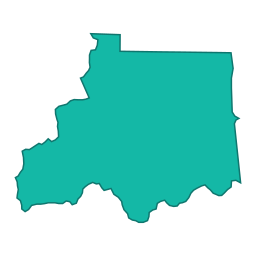 Sertão Santana, Rio Grande do Sul, Brazil (Natural Earth projection)
{"feature_id": "56859067B44643679960185", "entity_name": "Sertão Santana", "entity_type": "district", "adm_level": 2, "iso_a3": "BRA", "parent_name": "Brazil", "parent_adm1": "Rio Grande do Sul", "projection": "natural_earth1", "projection_center": [-51.66, -30.464], "detail": "fine", "context": "isolated", "style": "filled", "palette": "teal", "viewbox_px": 256, "rotation_deg": 0, "n_neighbors": 0, "source": "geoboundaries", "source_scale": "gbopen_adm2", "svg_char_len": 1728}
<svg xmlns="http://www.w3.org/2000/svg" viewBox="0 0 256 256"><path d="M15.4,177.6L17.2,181.8L17.5,185.9L18.3,189.5L17.4,194.6L17.0,198.0L20.4,200.6L21.7,205.1L21.8,209.0L25.1,211.6L28.6,209.5L31.6,205.4L36.8,204.1L40.9,204.1L44.6,203.6L48.2,202.8L51.4,202.8L55.1,202.8L58.7,203.5L62.7,203.5L66.2,201.0L69.8,201.7L72.2,204.7L76.3,203.2L78.0,199.0L80.6,196.4L82.4,192.8L82.8,189.1L85.1,186.8L88.4,184.3L92.7,182.4L96.3,183.9L99.3,183.5L101.8,187.8L104.1,190.4L107.0,189.6L111.0,188.5L113.9,194.3L118.3,197.2L121.7,201.5L122.2,204.8L124.0,209.7L127.6,213.7L128.7,217.9L132.3,220.0L135.8,220.7L138.7,222.3L143.3,222.3L147.5,220.6L148.9,216.6L149.2,212.5L152.7,210.0L156.1,209.0L157.3,203.4L160.5,201.4L164.7,200.2L166.7,202.8L169.5,205.4L173.7,206.4L177.2,206.0L179.5,203.2L182.5,202.7L185.8,201.4L188.8,197.6L190.9,193.2L193.6,190.2L197.0,188.2L201.6,185.9L205.0,184.9L207.8,187.8L210.4,189.9L213.2,193.2L215.9,194.3L218.8,195.6L221.7,195.4L224.3,193.0L227.6,189.5L231.1,187.0L231.5,180.9L235.9,180.3L240.6,182.8L234.4,123.7L236.0,120.0L238.9,118.4L234.8,116.1L232.2,112.0L231.4,87.9L231.4,78.1L233.1,68.4L231.0,52.8L218.9,52.6L179.7,52.1L160.5,51.9L120.0,51.3L120.1,34.7L90.8,33.7L93.3,37.9L97.9,39.7L97.3,45.2L95.5,49.8L91.1,50.4L89.5,55.0L89.5,58.9L89.4,62.6L90.1,67.3L88.6,70.5L86.3,73.1L83.5,76.9L80.5,78.1L89.2,97.9L85.9,99.2L82.4,99.8L78.1,99.8L74.1,99.6L70.4,100.9L66.8,104.2L63.9,105.0L58.9,106.3L55.4,109.4L55.6,114.0L56.9,119.2L58.0,122.4L57.5,126.5L58.3,131.0L58.6,136.8L55.4,139.9L51.6,141.6L48.2,138.8L45.1,142.0L41.8,144.5L38.9,143.4L35.4,145.7L32.4,147.7L29.4,149.6L25.7,149.3L22.2,151.2L23.5,157.5L23.8,163.8L22.8,169.2L20.3,172.4L18.1,176.1L15.4,177.6Z" fill="#14b8a6" stroke="#0f766e" stroke-width="1.5"/></svg>